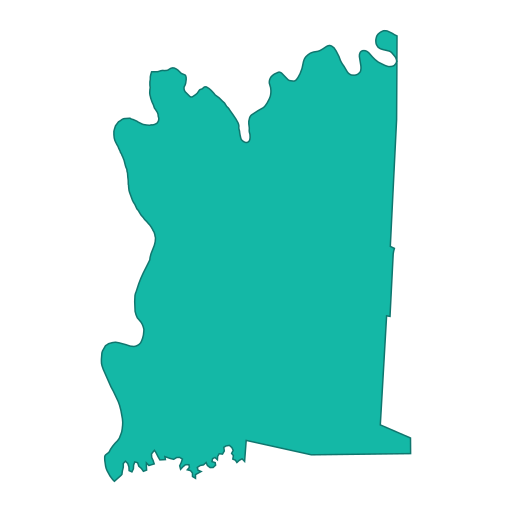 outline of Iguazú, Misiones, Argentina
{"feature_id": "61730980B21961764082426", "entity_name": "Iguazú", "entity_type": "district", "adm_level": 2, "iso_a3": "ARG", "parent_name": "Argentina", "parent_adm1": "Misiones", "projection": "natural_earth1", "projection_center": [-54.463, -25.856], "detail": "fine", "context": "isolated", "style": "filled", "palette": "teal", "viewbox_px": 512, "rotation_deg": 0, "n_neighbors": 0, "source": "geoboundaries", "source_scale": "gbopen_adm2", "svg_char_len": 5937}
<svg xmlns="http://www.w3.org/2000/svg" viewBox="0 0 512 512"><path d="M410.6,453.6L410.5,438.0L380.3,424.9L386.6,315.8L390.0,316.4L393.2,253.9L393.7,251.0L394.4,248.4L390.3,246.4L396.6,119.6L396.9,62.0L397.1,61.5L396.9,59.9L397.0,35.9L394.4,34.7L392.6,33.5L391.0,32.7L387.3,31.0L386.3,30.8L384.3,30.7L383.3,30.8L381.8,31.5L380.6,32.1L379.3,33.1L378.2,34.0L377.7,34.6L376.8,36.0L376.4,37.2L375.9,39.4L375.8,40.8L376.0,43.1L376.4,44.5L377.9,47.0L378.6,47.6L379.8,48.4L380.8,48.9L383.1,49.6L388.9,51.0L390.0,51.4L391.3,52.3L391.9,52.9L394.6,56.1L395.6,57.5L396.2,59.0L396.5,60.0L396.6,60.6L396.6,61.5L396.4,62.4L395.9,63.5L394.3,65.4L393.2,66.0L391.8,66.4L389.5,66.6L388.6,66.6L386.8,66.1L384.9,65.4L378.6,62.3L377.6,61.6L375.0,59.5L372.4,56.9L369.1,53.1L368.2,52.3L366.6,51.2L365.1,50.7L364.1,50.6L363.0,50.6L361.8,51.0L360.9,51.6L360.2,52.4L359.5,54.3L359.4,55.7L359.4,56.6L360.9,66.0L361.0,68.1L360.9,69.2L360.7,70.6L360.3,71.7L359.7,72.5L358.2,73.9L357.2,74.5L355.7,75.0L354.4,75.2L352.4,75.1L351.3,75.0L350.5,74.6L349.7,74.2L348.4,73.2L347.3,71.9L344.0,66.3L342.3,63.9L341.3,62.2L340.4,60.4L339.0,56.6L336.2,51.1L334.0,47.8L331.8,46.2L331.5,46.0L329.9,45.5L329.3,45.5L327.9,45.8L326.6,46.4L322.7,49.0L319.9,50.6L317.9,51.3L313.6,52.0L311.2,52.8L310.0,53.4L308.1,54.7L306.0,56.6L305.1,57.8L304.6,58.6L304.2,59.5L303.5,61.5L302.0,68.5L300.1,73.6L298.0,77.5L296.9,79.0L296.1,80.0L294.9,80.8L294.5,81.0L293.6,81.1L290.4,80.7L288.8,80.3L288.0,79.7L284.9,76.5L281.9,73.4L281.0,72.7L279.8,72.2L279.0,72.1L278.0,72.4L274.5,74.0L273.3,74.8L271.8,76.1L271.1,76.8L270.4,78.0L269.8,79.3L269.5,80.3L269.3,81.7L269.3,83.1L270.6,87.6L270.9,90.2L270.9,92.2L270.7,94.2L270.3,96.3L269.4,98.6L267.2,102.9L265.2,105.8L264.1,107.0L263.1,107.8L258.1,110.6L251.4,115.0L250.6,115.9L249.8,117.2L249.6,117.8L249.1,119.9L248.8,121.3L248.8,123.8L249.3,128.0L249.2,131.0L249.4,132.4L249.9,134.1L250.0,135.0L250.1,137.4L249.9,139.1L249.7,139.9L249.0,141.3L247.8,142.2L247.0,142.5L246.1,142.5L245.3,142.4L244.3,142.0L242.9,141.1L241.7,140.0L241.3,139.5L240.8,138.2L240.0,134.7L239.7,132.8L239.5,130.9L239.3,130.3L238.9,128.7L238.8,127.7L238.9,126.0L238.6,124.4L238.0,122.8L236.0,119.2L233.0,114.7L229.8,110.2L229.0,108.9L228.3,108.0L226.6,106.4L224.6,103.1L224.1,102.6L222.4,101.1L219.1,97.8L215.2,95.0L213.8,93.2L211.3,90.5L209.0,88.5L206.7,87.1L206.0,86.8L204.8,86.9L204.2,87.1L202.2,88.8L201.6,89.1L200.2,89.5L199.6,89.9L199.1,90.5L198.1,92.0L197.2,93.3L195.8,94.5L193.2,96.3L192.2,96.9L191.7,97.0L190.6,96.9L189.8,96.4L185.2,91.8L184.4,90.4L184.1,89.2L184.0,88.2L184.1,87.0L185.2,84.8L185.4,84.1L185.7,83.1L186.2,79.3L186.1,77.2L185.6,75.6L185.1,75.0L184.6,74.8L181.3,73.4L177.9,70.1L176.1,68.9L174.2,68.0L172.9,67.9L172.3,67.9L170.6,68.4L167.9,70.1L166.9,70.4L164.4,70.6L162.7,70.4L160.9,70.7L157.8,71.7L151.6,71.8L150.7,74.8L150.3,76.9L150.3,79.2L149.9,81.9L149.9,85.1L150.2,87.7L149.9,89.7L149.7,93.0L150.0,95.2L150.4,96.6L150.7,98.1L151.8,101.3L152.3,102.6L153.4,104.9L154.4,108.0L155.5,109.5L157.3,112.3L157.7,113.3L158.0,114.2L158.3,116.7L158.6,117.5L158.8,118.7L158.6,120.1L158.3,121.2L157.2,123.0L156.1,123.7L154.4,124.5L152.7,124.9L151.0,124.9L149.6,125.3L146.5,125.0L143.4,124.5L142.3,124.1L138.2,122.1L136.9,121.2L133.1,119.5L131.4,119.1L130.0,118.2L124.2,118.6L123.1,118.9L121.8,119.6L120.5,120.6L118.5,121.8L115.5,125.8L114.6,128.6L113.9,131.3L113.9,134.8L114.2,137.9L114.8,140.2L115.5,141.8L116.9,144.6L118.0,146.4L118.7,148.3L120.2,151.4L120.5,152.5L121.4,153.8L122.0,155.4L122.7,156.8L124.1,160.4L125.3,165.2L125.9,167.2L126.8,169.2L127.1,171.7L127.5,172.8L127.8,176.9L128.2,180.3L128.3,184.4L128.6,185.5L128.6,186.7L129.0,190.3L129.6,192.5L131.8,198.5L132.6,200.6L133.6,202.5L134.8,204.3L136.9,208.9L138.0,210.1L138.7,211.1L139.4,212.4L141.2,215.3L143.3,217.6L144.4,219.2L145.5,220.4L146.5,221.3L148.6,223.8L149.7,224.9L151.3,227.2L151.8,228.1L152.5,229.2L152.9,230.2L154.2,232.4L154.5,233.6L154.8,234.4L155.0,235.9L155.4,237.3L155.5,238.1L155.2,241.8L154.3,245.4L151.0,253.8L150.1,257.4L149.8,259.9L147.7,264.2L143.3,272.9L140.9,278.2L138.8,283.6L136.1,291.9L135.5,293.3L135.0,295.4L134.7,301.6L135.1,311.3L136.0,314.7L137.3,317.8L139.2,320.0L141.1,322.3L142.3,324.4L143.2,326.7L143.9,329.4L143.8,331.3L143.4,335.1L142.6,338.2L141.5,341.1L140.5,343.0L139.1,344.4L137.8,345.2L136.2,346.0L134.0,346.5L130.2,346.1L125.7,344.6L121.2,343.4L119.0,342.8L115.5,342.2L112.4,342.6L110.3,343.2L108.5,343.7L107.1,344.7L105.5,345.7L102.6,350.8L102.2,351.9L101.9,353.0L101.4,359.2L101.4,361.0L101.5,363.4L102.0,365.7L103.2,369.2L111.0,386.9L113.4,391.3L118.3,401.7L119.6,405.4L120.9,410.4L122.4,418.7L122.7,422.3L122.6,425.1L122.2,428.9L121.7,431.9L120.8,434.4L119.3,438.3L117.4,440.9L115.2,443.1L112.7,446.1L110.5,449.3L109.8,450.8L109.1,452.0L108.4,452.7L105.6,454.9L105.0,455.7L104.7,456.8L104.7,458.9L104.8,460.6L105.6,466.2L106.2,468.5L107.1,470.7L110.0,476.0L112.7,479.6L114.4,481.3L120.8,475.6L121.9,474.4L122.4,470.8L123.3,467.2L123.3,463.5L125.4,461.2L127.7,463.4L128.9,466.9L129.1,470.6L131.9,471.9L133.4,468.8L133.6,465.1L134.8,461.9L137.6,462.7L138.8,466.2L141.4,468.5L143.4,471.3L146.6,470.1L146.4,466.4L146.4,462.9L148.9,465.5L154.2,463.9L153.1,460.5L151.7,457.5L151.5,453.9L154.4,450.3L155.8,452.3L158.1,456.8L159.9,459.9L165.4,459.6L164.9,456.6L170.3,458.5L173.7,459.3L176.7,457.5L179.7,457.4L182.4,459.1L181.2,462.6L179.7,465.8L180.6,469.3L182.8,466.9L185.5,464.7L188.9,464.7L189.4,467.3L187.3,469.8L190.5,470.6L192.4,472.9L192.5,476.5L195.5,478.3L195.5,474.6L201.1,471.5L198.0,470.2L197.3,467.4L200.2,465.5L203.5,464.9L206.1,462.5L207.4,465.5L210.1,467.6L213.1,467.5L215.6,465.2L215.2,462.6L212.0,461.6L212.6,458.6L215.0,457.5L217.4,459.7L217.6,456.4L219.2,453.7L222.5,454.1L224.3,451.0L223.8,447.3L226.1,445.9L229.4,445.4L231.9,447.6L233.2,450.4L231.6,453.4L233.4,455.6L232.8,459.1L235.4,460.2L236.9,462.5L239.3,460.3L242.1,458.8L244.6,461.4L246.2,440.4L311.3,454.8L410.6,453.6Z" fill="#14b8a6" stroke="#0f766e" stroke-width="1.5"/></svg>